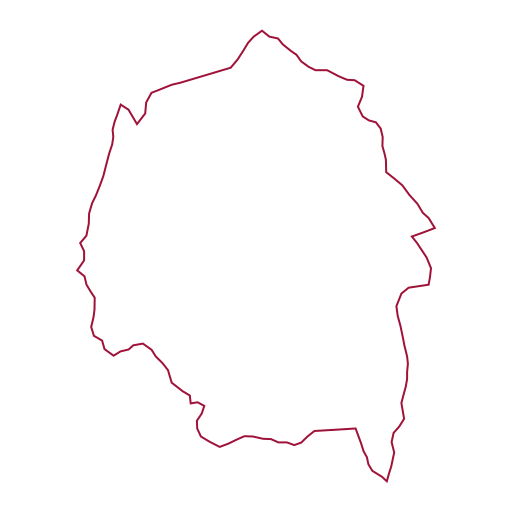 Manduri, São Paulo, Brazil
{"feature_id": "56859067B58840699865224", "entity_name": "Manduri", "entity_type": "district", "adm_level": 2, "iso_a3": "BRA", "parent_name": "Brazil", "parent_adm1": "São Paulo", "projection": "orthographic", "projection_center": [-49.301, -23.049], "detail": "fine", "context": "isolated", "style": "outline", "palette": "rose", "viewbox_px": 512, "rotation_deg": 0, "n_neighbors": 0, "source": "geoboundaries", "source_scale": "gbopen_adm2", "svg_char_len": 1801}
<svg xmlns="http://www.w3.org/2000/svg" viewBox="0 0 512 512"><path d="M262.0,30.7L253.7,36.6L248.1,42.8L243.3,50.7L237.6,59.5L230.7,67.7L180.1,82.8L171.9,84.7L151.5,92.8L146.2,102.4L145.2,113.5L137.0,124.1L128.5,109.7L120.7,104.6L117.0,115.4L114.6,121.7L112.6,129.8L113.3,136.8L112.2,144.4L109.2,153.4L106.1,165.2L103.3,176.2L99.6,186.3L95.9,195.5L92.1,203.2L89.1,213.5L88.8,223.6L86.4,235.7L80.2,243.0L84.1,251.2L84.1,260.4L77.2,270.4L84.5,276.3L86.5,284.7L90.6,291.5L94.7,297.7L94.5,309.6L93.5,317.3L91.2,326.9L93.9,335.8L102.1,340.6L104.5,349.1L113.6,355.7L120.5,351.4L128.6,349.5L133.3,345.3L142.9,343.6L151.6,349.8L155.7,356.4L162.5,363.1L168.0,370.2L171.7,382.7L182.6,391.2L189.8,395.5L190.7,403.4L197.6,402.3L204.3,405.9L201.7,413.6L196.9,420.7L197.2,428.5L200.9,436.5L209.7,441.8L219.7,446.9L228.5,443.6L236.9,439.5L244.4,436.2L252.9,436.5L263.1,438.8L271.0,439.1L278.4,442.4L286.9,442.4L294.3,445.1L301.2,442.6L307.5,436.5L314.4,431.0L355.6,428.5L361.0,443.1L363.6,451.3L366.9,457.2L368.4,464.3L372.4,470.9L382.0,476.8L386.8,481.3L389.0,473.5L391.2,466.6L394.2,452.5L391.6,442.1L393.6,432.9L399.2,426.6L404.1,418.8L401.4,403.0L403.8,393.8L405.8,386.5L407.1,379.0L407.1,372.1L407.9,363.6L407.1,356.5L404.4,345.4L402.3,334.7L400.4,325.7L397.7,315.9L396.4,306.2L401.4,293.6L408.6,287.7L428.6,284.7L429.9,277.8L431.0,268.2L426.6,257.5L417.1,243.1L411.9,236.5L424.2,232.1L434.8,228.0L428.6,218.0L422.8,212.8L417.5,203.9L409.5,195.1L402.4,185.4L393.7,178.1L386.2,172.2L385.9,159.7L384.4,153.1L382.4,146.0L382.7,137.1L380.7,128.6L375.9,122.3L368.9,120.4L362.7,116.4L357.9,106.7L362.0,96.8L363.5,85.8L354.6,80.2L347.1,79.8L338.6,76.2L327.1,70.2L315.5,70.2L308.6,66.8L301.2,61.4L296.5,54.8L291.0,51.0L282.8,44.4L278.0,38.5L269.3,36.6L262.0,30.7Z" fill="none" stroke="#9f1239" stroke-width="2"/></svg>